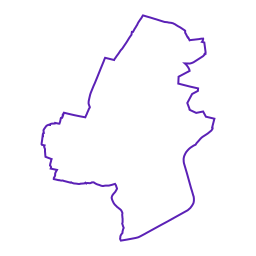 Haarlem, Noord-Holland, Netherlands (Robinson projection)
{"feature_id": "6326949B1246311998557", "entity_name": "Haarlem", "entity_type": "district", "adm_level": 2, "iso_a3": "NLD", "parent_name": "Netherlands", "parent_adm1": "Noord-Holland", "projection": "robinson", "projection_center": [4.639, 52.384], "detail": "fine", "context": "isolated", "style": "outline", "palette": "violet", "viewbox_px": 256, "rotation_deg": 0, "n_neighbors": 0, "source": "geoboundaries", "source_scale": "gbopen_adm2", "svg_char_len": 5421}
<svg xmlns="http://www.w3.org/2000/svg" viewBox="0 0 256 256"><path d="M53.8,179.1L55.8,179.5L56.5,179.7L58.7,180.2L59.0,180.1L59.8,180.3L60.0,180.4L61.4,180.6L61.9,180.6L62.7,180.5L63.3,180.7L64.0,181.0L64.9,181.2L69.9,182.5L69.9,182.4L70.0,182.4L70.4,182.4L71.0,182.4L71.0,182.5L73.7,183.4L74.6,183.5L76.0,183.6L77.5,183.8L77.9,183.9L79.0,184.0L80.0,183.9L80.3,183.7L81.8,183.6L84.4,183.4L84.7,183.2L85.4,182.7L86.0,183.3L86.2,183.5L86.4,183.3L86.7,183.1L87.0,183.0L88.8,183.1L89.6,183.2L89.9,183.2L90.8,183.0L91.8,182.4L92.1,182.4L92.7,182.4L92.8,182.3L93.2,182.3L93.8,182.4L94.5,182.9L95.6,183.6L97.3,184.4L99.4,185.0L101.1,185.7L102.0,185.9L102.5,186.0L103.3,186.0L104.1,185.8L105.6,185.6L107.0,185.6L108.6,185.6L108.8,185.6L111.7,184.9L114.0,184.2L115.0,183.9L115.2,184.3L115.6,184.8L115.9,185.2L116.1,185.8L116.2,186.3L116.5,187.1L116.9,188.2L117.0,188.7L116.9,188.9L116.5,189.7L115.7,191.1L115.3,191.8L114.0,193.3L113.6,193.7L113.0,194.5L112.5,195.2L112.3,195.6L112.0,196.2L111.9,196.6L111.6,197.9L111.8,198.3L111.9,199.0L112.2,199.9L113.0,201.7L113.6,202.9L113.7,203.1L114.3,203.9L114.5,204.3L117.0,206.8L117.4,207.2L118.3,207.8L119.2,208.6L119.8,209.0L121.0,210.1L121.4,210.7L122.3,212.6L122.4,213.2L122.4,213.3L122.3,214.1L122.2,214.5L122.2,214.9L122.3,216.0L122.4,216.8L122.4,217.3L122.6,218.7L122.6,219.9L122.6,222.0L122.5,222.7L122.2,223.6L122.3,223.9L122.7,225.0L123.0,226.1L123.7,227.9L123.6,228.1L123.3,228.8L123.1,229.2L122.6,231.3L122.5,231.8L122.5,232.9L121.3,234.4L120.9,235.1L120.6,235.7L120.5,236.0L120.4,236.3L120.3,237.6L120.2,238.2L120.1,238.7L120.3,239.5L120.5,239.8L120.9,240.6L126.9,239.6L135.5,238.0L136.7,237.7L138.2,237.3L139.1,236.9L139.9,236.5L140.5,236.2L143.5,234.6L145.0,233.8L146.4,233.0L161.7,224.6L166.0,222.3L186.0,211.2L187.1,210.6L187.9,210.1L188.9,209.2L189.6,208.6L190.3,208.0L191.1,206.9L191.8,206.0L192.6,204.7L193.1,203.8L193.4,203.2L193.6,202.5L193.7,202.0L193.9,200.7L193.9,199.3L193.9,198.6L193.8,197.8L193.7,197.0L193.7,196.8L193.4,195.9L193.1,195.0L192.0,191.1L191.1,188.3L186.9,173.2L184.0,163.4L183.8,162.3L183.7,161.6L183.7,161.1L183.6,159.2L183.7,158.2L183.9,157.3L184.1,156.4L184.5,155.3L184.7,154.9L184.8,154.8L185.2,153.8L186.3,151.9L186.6,151.6L187.4,150.6L188.8,149.1L189.7,148.3L190.7,147.5L191.3,147.1L193.3,145.8L193.8,145.5L195.6,144.7L196.0,144.0L196.6,143.1L198.6,140.9L200.3,138.9L201.5,137.7L202.5,136.9L206.7,134.2L208.0,133.3L208.6,132.8L210.8,131.0L211.4,130.5L211.8,129.9L212.3,129.1L212.6,128.7L212.5,127.8L212.5,127.5L212.5,127.3L212.2,127.3L214.4,118.7L205.9,116.7L203.1,111.5L196.2,112.9L189.8,109.9L189.7,109.8L189.8,109.7L187.3,103.0L192.1,94.0L197.9,90.9L198.1,88.4L189.7,86.5L178.3,83.6L178.6,76.7L189.6,70.9L189.4,70.0L189.3,69.5L189.1,69.1L188.6,68.1L188.1,67.2L187.3,66.1L186.3,64.8L185.7,64.2L184.8,63.4L188.6,63.5L189.4,63.5L190.0,63.5L190.7,63.3L191.5,63.1L192.8,62.6L193.8,62.1L203.0,56.2L205.0,54.2L204.6,53.9L204.9,53.5L205.2,53.5L205.5,53.6L205.6,52.3L204.3,42.5L202.0,41.9L202.4,41.4L202.9,40.2L203.2,38.9L203.1,38.6L202.4,38.7L201.3,38.7L200.0,38.9L199.1,39.1L197.3,39.3L194.7,39.6L192.0,39.9L190.2,40.1L189.6,40.3L188.2,37.5L187.8,37.6L186.4,35.0L186.2,34.4L185.4,33.2L185.2,32.5L185.1,32.0L185.2,30.9L185.1,30.7L184.6,30.3L180.7,27.7L179.9,27.2L178.0,26.2L176.9,25.5L176.2,25.1L175.4,24.5L174.8,24.2L174.0,23.8L173.0,23.3L172.7,23.2L171.8,23.0L171.0,22.8L168.9,22.6L167.2,22.2L166.1,22.1L164.8,22.0L164.4,21.9L163.4,21.6L160.2,20.6L155.8,19.2L154.7,18.9L151.8,18.0L149.9,17.4L149.1,17.2L148.8,17.1L146.3,16.4L143.0,15.4L142.9,15.4L141.4,18.0L140.8,18.9L140.7,18.9L138.8,21.7L138.3,22.5L138.0,23.0L137.8,23.4L137.1,25.0L136.5,25.8L136.3,26.2L136.1,26.6L134.5,29.1L133.0,31.9L131.9,31.9L131.8,32.4L131.6,33.7L131.5,34.7L130.4,36.2L129.1,38.1L127.4,40.9L126.4,42.5L123.8,46.3L122.2,48.7L121.4,49.5L120.8,50.2L120.2,51.0L119.7,51.8L118.5,53.6L116.5,56.3L115.5,57.8L115.2,58.2L114.3,59.5L114.1,60.0L105.1,57.8L104.2,59.9L103.9,60.8L101.2,67.4L100.6,68.8L100.3,69.6L97.7,76.1L94.8,83.2L93.7,85.6L90.8,92.7L90.5,93.6L90.2,94.5L90.0,95.3L89.7,96.6L89.3,98.3L88.7,101.1L88.6,102.6L88.6,103.7L88.7,104.0L89.3,105.8L89.5,106.3L89.8,107.0L89.8,107.5L89.2,108.4L88.9,109.0L88.7,109.3L88.6,109.7L88.0,111.1L87.4,112.4L87.2,112.9L86.8,114.0L86.0,115.6L85.3,117.3L79.9,116.3L74.5,115.2L68.8,113.9L63.9,112.7L63.0,114.3L63.3,114.4L62.8,115.5L63.0,115.5L62.5,117.0L62.4,117.2L62.0,117.9L61.8,117.9L61.4,117.8L61.0,117.9L60.9,118.1L60.7,118.6L60.7,118.9L60.6,119.4L60.1,121.7L59.4,123.7L59.2,123.7L58.9,123.7L55.1,122.9L55.0,123.3L54.9,123.3L54.8,123.5L53.0,123.6L52.8,123.6L52.0,123.6L51.1,123.8L50.5,124.0L50.2,124.1L50.1,124.3L50.0,124.8L50.0,125.0L49.9,125.0L48.7,124.8L48.4,124.8L46.8,125.6L46.6,125.7L45.9,126.5L44.2,128.9L43.7,129.8L43.5,130.2L43.5,130.4L43.7,132.2L43.7,133.0L43.8,133.1L43.7,133.2L43.1,133.4L42.9,134.6L43.0,135.3L43.0,135.5L42.7,135.3L42.1,140.2L41.6,143.5L41.6,143.8L41.6,144.0L41.6,144.4L41.9,144.8L44.6,145.4L44.4,146.0L44.1,146.7L44.3,147.3L45.0,149.1L45.0,149.6L45.0,150.6L45.0,151.9L45.1,152.5L45.3,155.1L45.5,156.8L51.6,159.1L51.3,159.8L51.2,160.1L51.0,161.3L50.4,163.3L50.0,165.4L50.0,165.5L50.6,166.1L50.7,166.3L50.8,166.5L51.0,166.9L51.1,167.3L51.0,167.6L51.0,167.8L50.7,168.6L51.1,168.7L57.0,169.9L56.7,170.5L56.3,171.0L55.8,172.0L55.2,173.3L55.2,173.5L55.1,174.3L55.2,174.9L55.1,175.5L55.0,175.8L54.6,176.7L53.9,177.8L53.8,178.2L53.8,178.7L53.8,179.1Z" fill="none" stroke="#5b21b6" stroke-width="2"/></svg>